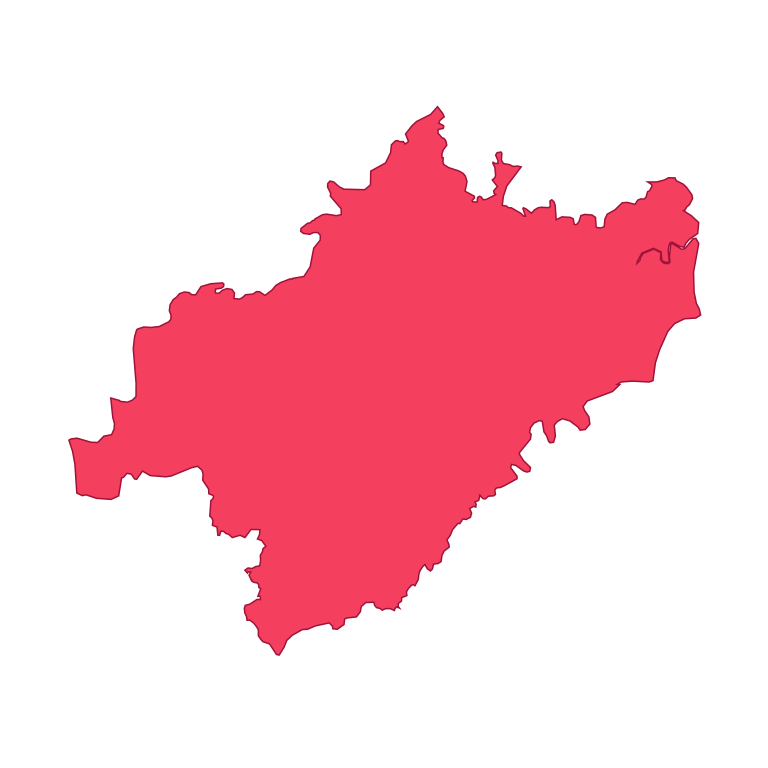 Myaungmya, Ayeyarwady, Myanmar (orthographic projection), rotated 187°
{"feature_id": "60261553B8294566306540", "entity_name": "Myaungmya", "entity_type": "district", "adm_level": 2, "iso_a3": "MMR", "parent_name": "Myanmar", "parent_adm1": "Ayeyarwady", "projection": "orthographic", "projection_center": [95.051, 16.62], "detail": "fine", "context": "isolated", "style": "filled", "palette": "rose", "viewbox_px": 768, "rotation_deg": 187, "n_neighbors": 0, "source": "geoboundaries", "source_scale": "gbopen_adm2", "svg_char_len": 6157}
<svg xmlns="http://www.w3.org/2000/svg" viewBox="0 0 768 768"><g transform="rotate(187 384 384)"><path d="M402.3,626.7L405.8,622.3L405.6,614.6L409.4,603.6L423.1,593.7L421.7,580.0L426.8,574.5L447.5,572.5L452.4,574.2L458.5,578.4L462.3,578.9L464.3,576.0L464.0,572.6L460.2,566.8L460.2,563.9L447.9,552.7L447.1,546.9L451.7,545.3L461.8,545.6L465.8,544.5L472.7,539.3L473.0,538.2L474.8,537.5L477.0,534.9L479.5,534.2L485.3,528.3L485.3,525.4L482.3,523.6L475.8,523.6L472.2,525.8L467.9,526.2L465.3,523.7L464.9,519.0L470.3,510.2L471.6,491.2L476.6,481.0L487.8,477.6L487.8,476.9L490.0,476.9L499.0,472.1L503.3,468.7L506.6,463.6L513.0,457.4L518.5,460.3L521.8,460.2L525.0,457.3L532.2,455.8L535.5,452.1L538.0,450.6L543.4,450.6L543.5,456.1L546.4,459.3L551.5,459.6L555.8,457.4L558.7,454.1L561.9,453.7L562.7,454.8L562.7,457.7L557.3,459.2L555.1,461.1L555.1,463.6L556.6,464.7L568.2,462.4L577.5,458.4L581.8,449.6L585.8,449.2L588.4,451.0L593.4,451.0L598.1,448.7L600.3,445.1L603.5,442.1L606.0,436.6L606.0,430.5L603.8,426.5L603.4,422.4L605.2,419.5L614.2,413.6L622.5,411.7L629.4,411.3L635.5,408.4L636.2,407.3L637.3,400.3L637.2,388.7L630.1,354.2L628.6,341.3L631.8,337.3L636.4,334.7L643.7,334.6L644.4,335.4L653.5,336.8L649.1,317.7L646.7,311.8L646.4,306.5L648.2,300.5L655.7,298.1L661.0,291.1L667.6,290.5L682.2,292.8L688.0,291.3L689.9,289.9L684.9,279.2L681.0,266.7L675.6,238.3L669.8,236.4L666.3,237.7L655.5,235.5L640.8,236.2L633.7,240.6L633.0,258.9L631.2,259.6L628.3,264.0L623.8,263.7L619.9,259.3L617.9,259.3L613.1,268.1L604.8,264.6L589.2,265.3L583.9,266.8L564.4,277.7L558.9,279.6L554.1,276.2L552.6,272.6L552.2,266.4L545.3,258.4L544.5,253.7L540.2,252.6L539.5,251.6L539.8,249.4L541.6,247.2L540.8,231.5L538.9,230.4L537.1,227.5L537.1,222.8L532.3,221.7L530.5,213.7L528.7,213.7L528.0,218.1L525.1,218.1L522.5,216.3L520.0,216.0L515.9,213.1L508.4,216.3L503.3,214.6L498.3,223.4L489.4,224.3L489.2,219.5L490.7,214.7L486.3,213.7L481.5,208.6L484.0,205.9L484.3,202.5L485.9,198.9L485.0,194.0L485.2,188.4L489.1,187.2L492.4,184.8L496.6,184.8L499.4,182.2L496.5,179.7L496.2,180.8L493.3,181.2L494.7,177.9L492.1,173.5L491.4,173.5L491.4,172.4L489.2,171.3L485.2,171.0L483.8,169.2L483.4,166.7L481.4,165.8L483.3,157.9L481.5,158.3L480.8,157.6L480.4,155.0L483.8,154.7L490.4,149.1L494.7,147.4L495.3,144.3L494.2,139.8L492.3,136.8L491.1,132.8L488.4,133.3L483.9,130.6L480.7,127.3L478.7,124.6L478.0,118.7L474.6,115.0L472.6,113.4L466.0,112.1L457.7,102.4L455.0,102.2L451.1,110.6L449.3,117.6L444.4,123.5L435.2,130.3L429.9,131.3L422.7,135.5L409.3,140.2L405.6,137.3L404.9,134.8L400.4,134.9L394.4,140.4L394.4,145.9L392.4,147.2L382.9,149.5L379.7,155.2L379.5,160.3L375.4,164.9L367.4,166.1L366.3,163.1L364.1,161.1L361.1,160.9L358.1,159.3L355.4,161.1L350.7,161.8L346.0,160.5L346.0,162.1L344.2,164.4L341.4,163.5L342.8,165.0L343.0,168.0L340.2,170.6L340.4,174.1L335.5,176.8L336.4,180.4L334.9,183.9L331.9,187.9L330.2,188.3L328.7,187.5L326.2,194.0L326.2,200.1L325.3,203.6L323.2,207.7L321.4,209.8L318.4,205.8L315.1,204.1L313.4,206.3L312.9,211.3L308.6,212.3L305.7,214.7L305.6,220.9L304.0,225.5L299.4,230.0L300.1,233.0L302.6,236.8L299.8,241.8L298.2,247.7L293.8,254.5L291.7,254.7L289.3,259.6L285.9,259.6L282.0,262.2L281.3,266.5L283.8,270.8L280.2,273.5L277.9,273.0L277.9,275.9L279.3,278.0L275.8,280.1L275.3,284.3L275.9,285.9L271.9,282.3L269.4,282.3L266.8,285.3L261.4,286.4L259.9,287.9L261.1,292.0L259.8,294.5L255.8,295.5L251.9,297.9L240.4,306.2L240.7,308.7L248.2,316.5L247.6,319.7L243.2,319.3L234.8,314.7L231.5,314.0L228.7,315.1L228.4,319.0L236.3,325.0L241.0,330.7L241.0,332.8L231.9,347.1L231.9,352.2L233.6,353.6L233.3,358.4L230.4,363.4L225.6,366.5L222.4,366.4L219.4,356.0L216.4,352.6L213.6,347.1L212.1,345.9L208.6,346.8L207.5,353.0L210.0,364.0L207.3,367.9L202.7,371.3L195.0,370.0L186.3,365.0L183.7,362.1L178.8,363.3L174.8,369.3L176.6,376.3L181.6,382.0L183.6,385.9L180.2,391.9L156.3,404.4L150.0,412.1L152.4,412.1L148.5,415.0L137.9,417.1L121.1,418.3L117.4,420.1L117.2,438.2L114.6,451.6L108.8,470.6L103.0,479.3L93.9,485.3L82.4,487.5L78.1,491.1L80.3,497.0L83.8,502.1L87.5,513.3L90.4,532.9L88.7,561.8L92.2,566.6L95.0,565.7L101.6,555.3L103.5,554.4L105.2,554.1L115.2,558.6L116.4,558.3L116.3,545.2L114.9,540.0L116.4,538.1L120.2,537.9L122.5,538.8L124.8,541.5L125.2,548.0L132.5,550.8L142.7,545.2L144.9,540.6L145.0,538.0L147.6,534.6L147.4,536.8L144.0,545.4L133.1,551.5L125.1,548.9L123.5,541.3L122.5,540.0L119.2,539.1L115.7,539.5L118.1,550.8L118.1,555.9L117.2,559.1L115.3,559.9L106.8,556.5L102.8,556.3L101.4,560.7L98.6,564.7L91.0,571.6L91.3,582.6L99.6,588.6L107.8,592.5L106.4,593.4L105.1,596.6L102.7,599.2L100.3,605.6L101.5,609.4L107.7,616.1L111.4,618.8L118.8,621.5L120.2,624.0L126.8,623.4L130.4,620.7L138.0,617.8L146.9,616.7L142.6,614.6L142.2,612.8L144.0,608.2L145.8,607.0L146.8,600.9L148.6,599.3L152.0,598.9L154.6,597.4L156.8,592.9L164.9,593.9L169.7,592.8L176.0,585.0L183.1,579.8L184.8,574.8L184.7,566.9L187.9,565.3L191.3,565.2L192.6,565.8L194.4,575.2L198.1,577.1L205.3,576.8L209.1,575.2L210.2,569.2L211.9,566.2L213.3,565.5L214.6,565.7L216.4,571.1L219.5,572.1L227.7,571.6L233.1,568.0L235.9,582.3L237.5,585.5L239.9,587.3L241.6,585.8L240.6,580.4L242.0,579.1L249.5,578.6L252.7,577.6L255.9,575.1L258.5,571.5L264.3,575.1L267.1,575.9L267.5,575.1L264.1,567.8L265.8,567.6L268.8,570.0L279.1,574.4L281.8,574.1L284.2,575.6L288.4,575.6L288.4,584.9L286.2,595.6L274.3,616.2L277.9,616.6L282.3,615.7L286.0,617.0L292.4,617.4L294.8,620.6L295.1,627.3L296.2,628.5L299.9,627.4L301.1,624.8L298.1,619.7L297.8,616.9L300.4,616.4L302.7,617.4L302.9,616.3L300.4,612.7L298.7,604.9L299.0,602.4L301.4,599.7L295.5,593.8L298.7,589.1L297.9,586.6L296.2,585.6L304.8,579.7L307.9,579.0L310.4,581.5L312.0,582.0L313.9,580.4L313.7,576.0L318.0,575.6L318.9,576.8L316.9,579.6L317.2,581.4L327.0,585.2L326.3,595.1L328.5,600.2L331.1,602.7L335.4,604.5L346.0,606.6L351.4,609.1L352.5,611.3L352.8,615.8L354.1,615.9L354.5,619.9L353.6,623.8L350.8,628.6L352.1,632.6L354.2,635.0L356.3,635.4L361.1,639.7L361.1,643.3L356.4,644.8L356.0,647.0L357.1,648.1L361.5,649.5L360.4,652.8L356.8,656.5L358.7,659.7L364.7,665.8L370.5,657.3L383.7,648.5L387.9,643.4L393.1,634.8L389.3,627.8L390.1,626.6L392.6,624.8L394.2,626.9L398.2,626.5L400.0,627.3L402.3,626.7Z" fill="#f43f5e" stroke="#9f1239" stroke-width="1.5"/></g></svg>